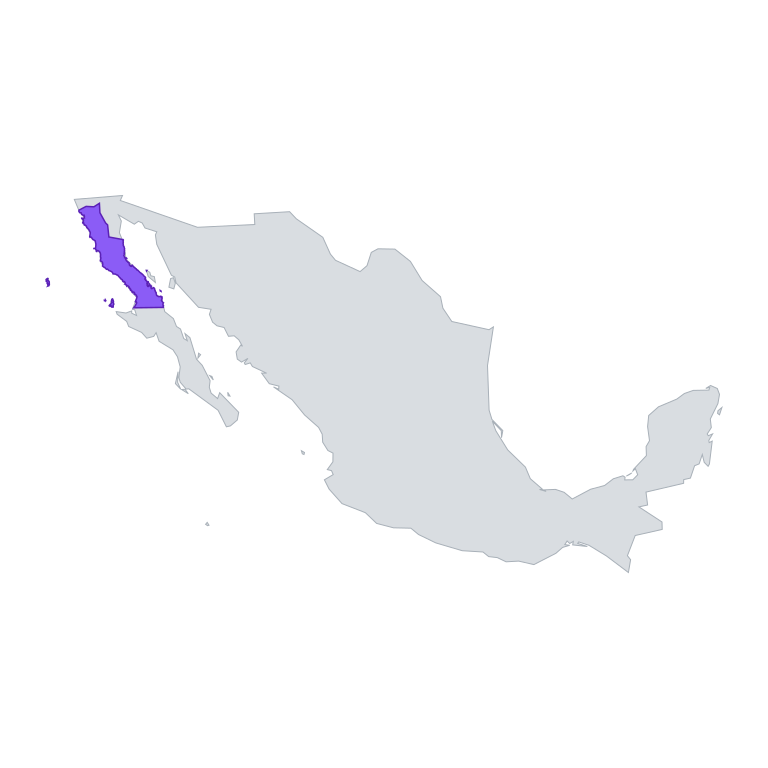 Ensenada, Baja California, Mexico (highlighted)
{"feature_id": "50627088B13797450449328", "entity_name": "Ensenada", "entity_type": "district", "adm_level": 2, "iso_a3": "MEX", "parent_name": "Mexico", "parent_adm1": "Baja California", "projection": "orthographic", "projection_center": [-114.931, 30.193], "detail": "fine", "context": "in_parent", "style": "filled", "palette": "violet", "viewbox_px": 768, "rotation_deg": 0, "n_neighbors": 0, "source": "geoboundaries", "source_scale": "gbopen_adm2", "svg_char_len": 9466}
<svg xmlns="http://www.w3.org/2000/svg" viewBox="0 0 768 768"><path d="M74.3,199.4L122.5,195.5L120.3,200.5L197.5,227.3L254.8,224.5L254.2,213.8L289.6,211.7L296.3,218.8L322.8,237.3L330.4,254.1L335.5,260.3L360.1,271.6L367.0,265.7L371.3,252.4L378.0,248.8L394.9,249.1L410.4,261.4L422.1,280.5L440.5,296.7L442.9,308.2L451.8,321.5L489.0,329.7L493.4,326.9L487.5,365.5L489.1,410.2L491.9,419.4L502.8,430.6L501.5,437.7L501.3,430.7L492.3,421.2L495.8,430.7L507.7,449.9L525.4,467.1L530.3,478.7L542.5,489.3L539.5,489.5L546.1,491.4L543.9,489.9L555.5,489.4L564.1,492.3L572.2,499.0L590.7,489.2L604.6,485.5L613.3,478.8L622.9,475.8L625.1,477.2L624.7,479.9L632.8,479.8L637.7,474.8L635.4,468.7L633.0,470.9L633.5,469.4L646.4,455.6L646.1,446.6L649.5,440.7L647.6,426.6L648.7,415.5L658.5,406.8L676.8,399.1L684.4,393.5L693.3,390.4L708.9,390.1L709.7,387.5L705.8,388.4L710.6,385.5L717.3,388.5L719.5,394.4L717.9,403.6L710.3,419.0L711.3,427.6L707.2,434.0L708.3,435.7L712.6,433.9L708.8,440.4L709.2,442.6L712.2,441.1L709.4,464.0L708.1,466.3L704.2,462.3L702.3,454.5L699.1,463.9L694.6,465.7L690.4,478.1L683.7,479.6L683.6,483.3L646.0,492.1L647.6,505.0L638.9,506.9L662.0,522.0L662.2,529.4L635.2,535.5L627.4,555.7L630.6,559.7L628.4,572.5L606.5,556.0L589.0,545.3L578.7,541.9L577.7,543.4L587.3,546.5L572.7,544.9L573.3,541.4L569.7,543.5L567.1,541.0L564.8,544.6L569.7,545.3L562.6,547.4L555.9,553.3L533.9,564.6L518.7,561.1L506.1,561.8L497.3,557.6L488.7,556.6L483.0,552.0L462.2,550.7L435.8,542.9L418.5,534.5L410.9,528.2L393.5,527.8L376.6,523.4L365.4,512.7L342.0,503.6L329.1,489.1L324.4,479.8L333.2,474.6L331.5,470.6L327.3,469.6L332.9,461.8L333.0,453.1L327.9,450.5L322.7,442.2L322.2,434.2L318.6,427.4L304.6,415.0L292.1,399.7L273.5,386.9L278.7,389.2L278.9,386.1L269.3,383.7L261.6,373.1L266.6,373.2L252.4,366.5L250.3,362.9L245.2,364.5L244.3,362.9L247.9,358.4L241.5,362.1L237.3,359.1L236.1,351.9L240.7,345.1L242.5,346.3L238.8,339.8L234.2,335.8L228.5,336.3L224.1,327.5L217.0,325.8L212.6,322.2L209.4,314.4L211.1,309.3L198.5,307.3L176.1,282.9L174.7,277.0L171.4,275.2L156.8,244.4L155.4,234.9L156.8,231.8L145.0,228.0L142.2,223.0L138.4,221.3L134.3,224.2L118.4,214.9L121.3,221.0L119.4,232.7L123.1,242.0L126.3,259.7L142.8,275.2L148.3,285.6L150.7,285.1L152.0,288.3L154.4,288.6L156.9,295.4L161.6,297.4L164.7,311.6L173.4,318.6L176.5,326.5L180.5,329.0L183.7,338.5L187.3,340.7L185.0,333.6L189.9,337.6L196.5,359.2L202.2,365.3L210.1,380.7L209.3,387.3L211.1,393.1L217.6,398.6L219.7,392.7L238.7,412.3L237.3,420.0L230.4,425.9L226.4,426.8L218.1,410.3L188.8,388.8L186.2,389.1L180.2,382.2L178.9,377.5L180.2,366.9L177.5,356.8L173.0,349.8L159.1,341.3L156.1,332.7L153.7,336.4L146.8,338.2L141.6,332.4L128.7,326.5L126.7,321.4L117.1,314.2L116.2,311.6L126.0,313.0L131.7,310.9L131.7,313.2L136.6,315.5L134.7,309.7L132.4,309.4L136.9,297.7L118.3,275.7L103.0,266.0L100.3,261.1L100.2,252.9L96.5,250.2L95.3,240.9L90.5,236.9L89.8,231.4L83.3,222.7L82.1,218.6L84.2,215.9L79.7,212.3L74.3,199.4ZM175.3,283.2L173.8,288.9L168.9,287.2L170.6,278.6L173.4,277.7L175.3,283.2ZM155.4,282.5L148.2,276.5L146.3,270.2L149.8,272.3L150.8,275.8L154.3,276.6L155.4,282.5ZM719.5,414.8L717.6,413.4L718.0,410.7L721.9,407.5L719.5,414.8ZM180.7,389.2L175.4,383.6L178.1,371.7L177.6,382.3L180.7,389.2ZM113.4,306.2L109.5,305.4L112.1,299.1L113.8,303.8L113.4,306.2ZM49.4,284.4L46.2,280.3L46.9,278.5L48.1,278.7L49.4,284.4ZM185.0,389.3L188.3,393.7L181.6,389.5L185.0,389.3ZM304.5,452.5L304.0,454.5L302.3,453.8L301.4,450.7L304.5,452.5ZM211.9,376.4L213.3,380.0L209.7,375.6L211.9,376.4ZM198.6,353.2L200.6,354.7L197.9,358.1L198.6,353.2ZM209.0,525.2L207.6,525.7L205.6,524.3L207.2,522.4L209.0,525.2ZM629.5,474.5L626.3,476.1L631.8,472.9L629.5,474.5ZM230.0,396.1L228.1,395.8L227.7,392.3L230.0,396.1Z" fill="#d9dde1" stroke="#a8b0b8" stroke-width="1"/><path d="M79.0,210.1L78.9,211.4L79.6,212.6L80.0,212.8L80.6,212.7L81.1,212.8L81.4,213.3L81.5,214.3L81.7,214.6L82.2,214.6L82.6,214.9L83.2,215.6L83.8,215.6L84.1,216.0L83.9,215.8L84.0,215.6L84.1,215.8L84.2,215.7L84.3,216.0L84.2,216.0L84.4,216.1L84.4,216.6L84.2,217.5L84.3,217.7L84.1,217.7L83.6,218.8L83.2,219.0L82.1,218.3L81.7,218.2L81.7,218.4L82.0,218.6L82.1,218.9L82.3,219.1L82.6,219.0L82.8,219.3L82.7,219.3L83.0,219.4L83.5,220.3L83.2,221.4L83.5,222.3L82.7,222.5L82.7,222.9L83.1,223.0L83.5,223.8L83.8,223.8L84.3,224.3L84.4,225.1L85.1,225.1L86.1,225.8L86.3,226.3L86.5,226.4L86.7,227.4L87.4,227.9L87.4,228.3L87.7,228.4L88.2,229.0L88.6,229.4L89.2,230.3L89.4,231.1L89.7,231.2L90.3,232.6L90.2,233.8L89.7,236.6L89.7,236.9L90.0,237.3L90.7,236.9L91.0,237.0L91.5,237.8L91.8,237.9L92.1,238.3L92.4,239.0L93.0,239.6L93.5,239.6L94.4,240.5L95.0,240.6L95.3,241.1L95.6,243.0L95.8,243.5L95.9,244.7L95.5,248.9L95.7,249.2L95.8,249.7L96.1,249.8L96.2,250.1L96.3,250.8L96.3,251.4L96.4,251.5L96.8,251.5L96.8,251.4L96.6,251.0L96.9,250.7L97.5,250.5L98.1,250.6L99.5,251.6L100.3,253.0L100.6,254.4L100.5,257.0L100.7,257.4L100.9,258.0L100.2,261.4L100.4,261.1L100.7,261.1L101.6,261.4L102.5,262.5L102.8,264.3L102.5,266.0L104.2,267.4L104.5,267.4L104.9,267.5L105.3,268.2L106.5,269.3L106.8,269.3L107.1,269.1L107.5,269.1L109.1,270.7L109.9,270.8L111.8,271.8L112.6,272.8L113.1,273.9L113.3,273.8L113.8,274.0L115.5,274.1L116.7,274.9L117.7,275.1L118.8,276.6L119.8,277.5L120.4,278.4L120.5,278.3L120.9,278.9L122.3,279.7L122.5,280.3L122.5,280.7L122.7,280.8L122.9,281.4L123.0,281.4L123.2,281.6L123.3,281.4L123.8,281.4L124.2,281.7L124.6,281.7L124.7,281.9L124.9,282.5L125.1,282.6L125.2,283.5L125.3,283.9L125.2,284.0L125.3,284.0L125.3,284.4L125.5,284.7L125.7,284.9L125.6,284.7L125.9,284.6L126.1,284.7L126.4,285.1L126.5,285.6L126.7,286.0L126.9,285.7L127.6,285.6L128.2,286.2L128.5,286.3L128.7,287.0L128.9,286.8L129.2,287.0L129.4,287.4L129.6,288.4L129.8,288.6L129.9,288.4L130.1,288.5L130.3,288.8L130.3,289.3L130.6,289.4L130.5,289.7L130.7,289.9L130.6,290.4L131.3,290.5L131.6,291.0L131.9,291.0L132.2,291.4L132.2,292.1L132.5,292.0L132.7,292.3L132.7,292.1L133.0,291.9L134.2,292.3L134.7,293.2L134.5,294.2L134.8,294.5L135.1,294.4L135.6,294.6L135.9,294.8L136.1,295.4L136.5,295.5L136.5,296.2L137.0,296.7L136.9,297.4L136.2,299.6L135.3,301.7L135.8,302.1L136.3,301.9L136.7,302.9L135.2,305.8L133.7,307.8L164.0,307.4L163.4,307.3L163.1,306.8L163.2,306.2L163.5,305.8L163.1,305.4L162.9,304.2L163.2,303.0L163.4,302.8L163.1,302.6L161.6,300.8L161.7,300.3L161.5,300.2L161.6,299.9L162.1,298.4L161.8,297.9L162.1,297.4L162.1,297.0L161.8,297.0L161.7,297.2L161.4,297.1L161.5,296.8L161.3,296.7L160.9,296.2L159.5,296.6L158.5,296.6L156.7,295.5L156.5,295.0L156.4,294.3L156.1,293.3L156.1,292.4L155.5,291.9L155.1,290.6L154.7,289.9L154.6,288.7L154.3,288.5L154.1,288.0L153.8,287.7L153.3,287.6L152.2,288.5L151.5,288.6L151.3,288.5L151.3,288.3L151.4,288.2L151.1,288.0L151.0,287.7L151.0,287.1L151.2,286.8L150.8,286.3L150.8,286.2L151.0,286.1L150.5,285.9L150.7,285.4L150.4,285.3L150.2,285.6L149.7,285.4L149.8,285.1L149.5,284.8L149.4,285.1L148.7,285.1L148.8,285.2L148.5,285.6L148.9,285.9L148.7,286.4L148.3,286.5L147.7,286.4L147.1,285.1L147.3,284.7L147.4,285.0L147.4,284.9L147.3,284.2L146.9,283.7L147.2,282.9L147.5,283.1L147.4,282.5L146.9,281.8L146.7,281.1L146.0,280.5L145.9,280.0L145.7,280.1L145.6,279.7L145.4,279.8L145.2,279.5L145.3,279.2L144.9,278.9L145.0,278.6L145.6,277.9L145.3,277.1L144.1,276.2L143.5,275.3L142.7,274.6L142.4,274.1L141.4,273.7L141.1,273.1L140.6,272.9L139.9,272.4L137.8,270.2L137.4,270.2L137.1,269.8L136.8,269.8L136.4,269.0L135.4,268.4L134.7,267.5L134.4,267.5L133.9,267.1L133.4,266.3L132.6,265.8L132.3,265.9L132.3,265.7L132.2,265.8L131.9,265.6L131.8,265.8L131.6,265.8L131.7,266.0L131.8,265.9L131.6,266.3L130.8,266.3L130.6,266.2L130.3,265.7L129.7,265.5L129.5,265.2L129.5,264.8L129.8,264.6L130.0,264.8L129.8,264.4L129.4,264.2L129.1,263.8L129.1,262.8L128.7,262.4L127.9,262.3L127.6,261.5L126.6,261.0L126.2,260.2L125.9,259.6L125.7,259.4L125.6,259.0L125.5,258.4L125.2,257.6L124.5,257.2L124.5,256.8L123.8,255.5L124.2,254.9L124.2,254.5L124.4,254.0L124.1,253.4L124.3,252.7L124.4,251.9L124.5,252.0L124.5,251.9L124.3,251.2L124.6,250.2L124.4,249.4L124.6,248.6L124.2,247.6L124.1,246.9L123.6,246.2L123.2,245.1L123.3,244.2L123.0,243.1L123.3,242.5L123.1,241.8L123.3,240.7L123.1,240.6L122.9,240.1L123.1,239.6L108.9,237.0L107.6,224.9L105.6,223.0L99.9,212.7L99.4,203.3L93.9,206.8L86.1,206.4L79.0,210.1ZM112.5,298.9L112.1,299.1L111.8,299.4L111.9,299.7L111.7,299.8L111.7,300.3L111.4,300.9L111.6,301.0L111.5,301.3L111.9,302.3L111.8,302.5L110.3,304.7L109.6,305.0L109.6,305.8L109.4,305.9L109.7,306.1L109.8,305.9L110.0,306.0L110.0,305.8L110.4,305.6L110.9,305.6L111.4,306.1L111.6,307.0L112.1,307.2L112.6,306.9L113.1,307.1L113.2,306.9L113.0,306.5L113.2,306.2L113.1,305.3L113.7,304.5L113.6,303.3L113.3,302.7L113.5,301.7L113.3,300.6L112.8,299.9L112.9,299.3L112.5,298.9ZM47.6,279.5L48.0,278.6L47.8,278.4L47.2,278.9L46.5,279.1L46.1,279.5L46.3,280.3L46.2,281.3L47.1,282.0L47.5,283.4L47.3,283.6L47.8,283.9L47.7,284.7L48.1,285.5L47.8,286.0L48.3,285.8L48.5,285.9L48.8,285.8L49.0,285.1L49.3,284.9L49.4,284.0L49.1,283.3L49.3,282.7L49.1,281.4L48.4,280.7L47.8,280.4L47.6,279.5ZM147.7,281.6L147.8,282.0L148.0,282.4L147.9,282.6L148.2,282.7L148.1,282.9L148.5,283.0L148.2,282.7L148.2,282.0L148.2,281.7L147.7,281.6ZM104.9,300.5L104.4,300.3L104.4,300.7L104.6,300.8L105.0,300.7L105.0,300.4L104.9,300.5ZM160.2,290.6L160.2,290.9L161.0,291.3L160.9,290.9L160.4,290.8L160.2,290.6ZM94.1,248.3L93.9,248.4L93.9,248.6L94.4,248.6L94.1,248.3ZM146.8,270.5L146.4,270.5L146.5,270.9L146.8,270.5L146.8,270.5ZM105.7,300.8L105.8,300.6L105.6,300.3L105.6,300.6L105.7,300.8ZM126.5,258.0L126.2,258.1L126.6,258.2L126.5,258.0Z" fill="#8b5cf6" stroke="#5b21b6" stroke-width="1.5"/></svg>